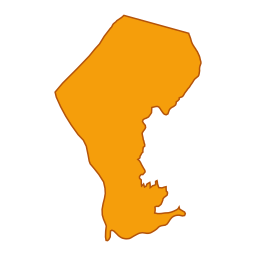 Belém, Brazil
{"feature_id": "56859067B26519845494345", "entity_name": "Belém", "entity_type": "district", "adm_level": 2, "iso_a3": "BRA", "parent_name": "Brazil", "parent_adm1": "", "projection": "albers", "projection_center": [-48.415, -1.273], "detail": "fine", "context": "isolated", "style": "filled", "palette": "amber", "viewbox_px": 256, "rotation_deg": 0, "n_neighbors": 0, "source": "geoboundaries", "source_scale": "gbopen_adm2", "svg_char_len": 3240}
<svg xmlns="http://www.w3.org/2000/svg" viewBox="0 0 256 256"><path d="M185.3,213.7L184.6,212.1L179.6,209.1L179.1,207.0L178.1,208.7L176.8,209.7L173.9,211.1L171.3,212.1L168.4,212.8L164.7,213.0L161.3,213.5L159.5,213.6L157.6,213.6L156.3,213.3L154.7,213.0L155.1,210.8L155.2,209.0L154.9,207.1L156.3,206.3L158.4,206.4L159.8,205.4L161.1,204.2L162.0,202.2L162.8,200.1L163.0,198.8L164.2,197.3L165.5,196.4L167.1,195.1L167.5,193.4L167.4,192.1L166.4,191.3L166.1,189.2L166.1,186.7L164.0,187.2L162.0,187.9L158.8,187.6L158.2,186.0L157.5,183.8L157.3,181.9L157.0,180.6L155.6,181.4L155.6,183.3L155.7,184.6L154.0,185.4L152.7,185.7L151.5,186.7L150.2,187.6L150.2,185.9L150.1,184.0L149.8,182.4L148.2,183.3L146.9,184.1L146.2,186.1L144.5,187.0L143.6,184.0L142.7,185.1L141.6,186.0L141.4,184.2L141.3,182.2L141.2,179.8L139.6,178.4L139.4,176.9L140.0,175.8L141.2,174.5L142.8,174.6L144.3,172.9L145.1,171.9L144.8,170.3L143.4,168.0L142.5,166.4L141.7,165.0L141.1,163.8L140.5,162.5L139.4,160.8L137.8,159.4L138.9,158.7L139.9,157.8L140.1,156.0L140.9,154.9L141.7,153.2L142.9,152.1L142.8,150.5L143.1,148.6L143.3,147.3L144.7,146.2L144.7,144.5L144.1,142.7L143.8,141.0L143.2,139.5L143.0,137.9L142.5,135.7L142.1,133.3L142.7,132.1L143.6,130.7L144.7,129.3L145.6,127.6L145.3,125.4L143.6,123.3L142.5,121.5L143.1,119.7L144.6,118.7L146.0,118.3L148.5,117.0L150.1,114.8L151.5,112.7L151.8,107.5L155.4,106.6L157.2,106.4L158.7,106.9L160.1,108.5L160.9,109.9L163.1,113.0L164.3,114.2L166.1,114.8L167.9,113.9L168.8,111.3L169.3,109.9L170.1,108.8L171.1,107.9L172.3,107.1L173.6,106.5L175.6,104.9L176.1,103.4L176.3,101.8L177.8,100.8L179.2,99.3L179.2,97.9L180.5,97.3L181.9,96.9L183.1,95.9L184.0,94.4L184.7,93.1L186.9,90.2L187.7,89.0L189.4,87.1L190.9,84.7L192.0,83.2L193.1,81.5L193.8,80.3L194.7,79.1L195.9,78.1L198.2,76.2L198.8,75.1L199.2,73.4L199.6,70.7L199.5,69.1L199.6,67.7L199.9,66.2L200.4,64.8L200.9,63.4L200.9,62.0L200.1,59.1L199.8,57.6L199.4,56.2L198.4,54.0L197.3,51.6L196.3,50.2L195.4,48.6L194.5,47.4L192.7,44.5L192.1,43.3L191.5,41.8L191.0,40.1L190.6,38.6L189.6,35.8L189.0,34.5L188.7,33.3L171.4,28.5L123.9,15.4L121.8,17.3L116.8,20.7L115.9,21.8L113.4,23.8L112.5,25.2L111.7,26.9L110.2,28.5L109.0,30.1L104.3,36.2L99.5,44.0L95.3,48.6L89.1,56.2L77.2,68.6L71.9,73.9L67.1,78.7L62.6,83.2L55.1,92.1L56.3,97.1L60.6,106.6L65.7,116.1L68.2,120.1L71.2,124.9L78.1,134.6L80.1,136.7L83.4,140.2L86.3,146.2L88.1,154.9L89.2,161.0L90.2,163.8L94.4,168.8L98.9,174.5L100.1,176.4L103.6,181.9L105.0,188.2L105.3,193.5L104.5,198.3L103.1,203.8L102.1,209.4L102.3,214.9L103.5,219.1L104.4,221.2L105.3,223.3L106.3,226.0L105.7,231.0L105.6,233.3L105.5,237.0L106.1,240.4L107.6,240.6L108.9,239.4L110.2,236.9L110.3,234.7L110.5,231.0L111.9,230.2L113.8,231.0L117.4,234.5L118.4,235.6L119.9,236.7L121.3,237.6L122.7,238.2L124.5,238.6L126.1,238.8L127.8,238.7L129.3,238.5L130.9,237.8L133.2,236.4L134.6,235.6L135.9,234.9L137.4,234.1L139.1,233.3L140.9,232.9L142.5,232.7L145.4,233.1L146.7,233.3L148.3,233.3L150.0,233.0L151.4,232.4L153.3,231.3L154.8,230.4L156.7,229.0L158.8,226.9L160.0,226.2L161.5,225.7L163.3,225.4L165.3,225.1L167.1,224.0L168.2,222.5L170.3,219.3L171.3,218.1L172.3,217.1L173.5,216.4L174.7,215.8L176.1,215.4L177.8,215.2L179.3,215.2L182.5,215.9L184.6,215.5L185.3,213.7Z" fill="#f59e0b" stroke="#b45309" stroke-width="1.5"/></svg>